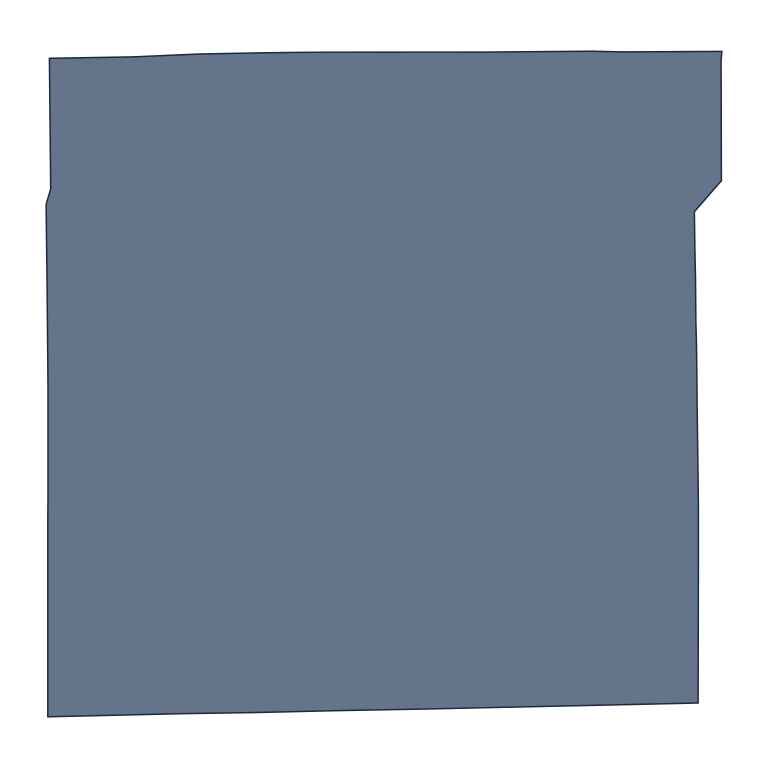 outline of Marion, Indiana, United States of America
{"feature_id": "52423323B96671648838134", "entity_name": "Marion", "entity_type": "district", "adm_level": 2, "iso_a3": "USA", "parent_name": "United States of America", "parent_adm1": "Indiana", "projection": "albers", "projection_center": [-86.121, 39.78], "detail": "fine", "context": "isolated", "style": "filled", "palette": "slate", "viewbox_px": 768, "rotation_deg": 0, "n_neighbors": 0, "source": "geoboundaries", "source_scale": "gbopen_adm2", "svg_char_len": 556}
<svg xmlns="http://www.w3.org/2000/svg" viewBox="0 0 768 768"><path d="M47.8,716.8L180.7,713.7L206.4,713.3L257.7,712.5L330.3,710.8L372.0,710.0L421.6,709.1L698.1,703.0L698.4,570.4L698.4,504.3L697.1,401.5L696.9,377.4L696.5,344.2L695.9,323.1L695.5,277.9L694.8,244.7L694.4,211.7L721.4,180.7L721.3,141.6L721.1,60.3L721.9,51.4L622.5,51.9L592.2,51.2L482.1,52.1L328.4,52.2L295.5,52.4L263.0,52.8L199.2,54.0L132.1,56.9L49.4,58.3L50.7,188.9L46.1,204.4L47.1,287.4L48.0,386.3L48.0,497.3L47.8,519.8L47.8,716.8Z" fill="#64748b" stroke="#1e293b" stroke-width="1.5"/></svg>